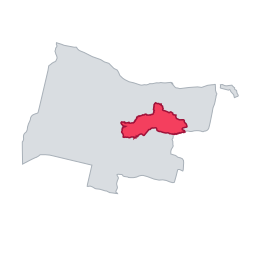 Malanje on a map of Angola (Equal Earth projection), rotated 103°
{"feature_id": "AGO-1876", "entity_name": "Malanje", "entity_type": "Province", "adm_level": 1, "iso_a3": "AGO", "parent_name": "Angola", "parent_adm1": "", "projection": "equal_earth", "projection_center": [17.064, -9.524], "detail": "fine", "context": "in_parent", "style": "filled", "palette": "rose", "viewbox_px": 256, "rotation_deg": 103, "n_neighbors": 0, "source": "natural_earth", "source_scale": "10m", "svg_char_len": 8645}
<svg xmlns="http://www.w3.org/2000/svg" viewBox="0 0 256 256"><g transform="rotate(103 128 128)"><path d="M194.3,123.4L194.5,125.4L194.7,128.0L194.9,130.0L195.0,130.8L195.1,131.3L194.9,131.8L194.7,132.9L194.4,134.0L194.2,134.7L194.4,136.0L194.1,139.9L194.0,141.8L194.4,145.2L194.4,146.3L193.4,149.4L193.2,151.0L193.1,151.8L194.0,154.1L194.0,154.6L193.3,154.7L192.7,154.8L172.3,154.8L172.0,194.7L172.0,198.1L172.6,202.6L173.7,207.4L174.2,207.9L175.4,208.8L177.1,210.6L178.0,212.0L179.9,214.4L182.4,217.4L186.9,222.6L171.5,226.4L165.6,227.8L165.1,227.8L164.2,227.3L162.3,227.2L160.1,227.9L158.4,228.1L157.1,227.8L155.8,227.1L154.6,226.2L152.4,225.8L149.4,226.1L146.4,225.9L143.6,225.3L141.6,225.0L140.3,225.2L139.0,225.0L137.6,224.4L136.5,223.5L135.1,221.6L134.0,219.7L133.7,219.5L133.4,219.2L133.0,219.1L126.9,219.0L89.9,218.9L85.6,219.2L85.3,219.2L84.8,218.9L84.4,218.5L83.2,217.5L82.1,216.7L80.7,215.3L79.7,213.9L79.0,213.4L77.6,213.1L76.5,212.9L75.7,212.8L74.2,213.5L73.1,214.2L72.3,214.9L70.9,215.6L69.7,216.4L67.7,216.3L67.2,216.4L66.1,216.3L65.0,215.7L63.9,215.7L62.7,216.6L61.0,216.9L61.4,211.4L61.8,209.0L61.7,206.1L61.4,198.5L61.1,197.5L60.9,196.3L62.0,195.3L62.5,194.6L63.2,193.4L63.7,191.6L64.3,187.7L66.5,178.8L67.5,170.0L68.9,165.9L69.3,161.2L73.1,155.2L74.0,151.5L75.9,149.7L78.7,147.7L80.7,144.3L81.6,141.9L82.7,137.3L82.7,132.5L83.3,126.1L83.2,124.3L82.1,121.7L81.9,119.9L81.0,118.1L79.9,116.8L79.4,114.3L77.6,110.5L77.1,108.0L76.3,106.2L76.1,103.9L75.6,101.5L74.8,99.2L73.9,96.5L73.9,95.6L74.4,94.6L74.9,94.3L74.8,94.8L74.4,95.4L74.5,95.8L77.8,91.1L78.1,90.2L77.9,89.2L77.9,87.9L78.0,86.4L74.8,77.7L72.3,69.5L71.9,65.4L68.5,60.0L67.2,56.5L66.4,54.0L65.9,53.1L66.1,52.6L66.9,52.5L68.8,51.9L71.5,51.3L73.9,49.9L74.5,49.2L75.8,49.1L77.1,49.5L77.6,49.2L77.9,49.2L80.9,49.2L82.2,49.1L84.6,49.1L86.0,49.2L86.9,49.4L89.2,49.7L92.1,49.6L93.1,49.5L96.8,49.4L103.8,49.2L107.5,49.2L110.3,49.3L111.6,49.8L112.8,50.7L113.3,51.6L113.6,52.0L113.9,53.0L114.6,53.7L114.8,54.8L114.6,56.4L114.7,58.3L115.1,60.4L115.8,62.7L117.0,65.1L117.5,67.0L117.4,68.4L117.7,69.9L118.6,71.5L119.2,72.3L119.6,72.9L120.6,75.3L123.8,82.1L124.3,82.4L125.0,82.3L126.5,82.0L127.9,81.9L129.0,82.5L129.4,82.4L131.0,81.3L132.6,80.9L134.2,80.5L135.1,80.0L136.1,80.0L138.8,80.9L139.3,81.0L141.5,81.0L143.7,80.4L144.0,76.6L144.0,75.8L144.5,74.4L145.2,73.1L145.3,71.9L145.3,70.2L145.7,68.2L147.2,66.6L149.6,65.9L150.9,65.7L153.1,65.3L156.3,64.8L157.5,64.9L157.6,65.1L156.9,67.9L156.9,68.8L157.1,69.7L157.6,70.2L164.1,70.3L170.2,70.6L170.6,70.8L170.8,71.0L171.2,72.3L171.1,75.0L170.5,78.9L170.7,82.6L171.8,86.0L171.9,91.2L171.0,98.2L170.8,102.7L171.3,104.5L172.3,106.5L173.8,108.5L175.0,111.1L175.8,114.4L176.1,116.4L175.8,117.2L175.9,118.7L176.1,120.8L175.8,122.1L175.0,122.8L174.7,123.7L175.1,125.5L175.2,127.1L175.8,128.2L176.1,128.2L177.0,127.7L178.0,126.6L178.9,126.1L180.0,126.2L181.6,126.5L184.5,126.6L185.4,126.4L188.1,125.0L188.8,124.9L189.8,125.0L191.3,125.4L192.8,125.5L193.6,125.1L193.6,124.5L193.9,123.7L194.3,123.4ZM74.5,31.0L74.4,31.2L73.1,31.9L71.8,32.5L70.1,35.0L69.3,36.1L69.0,36.3L68.2,36.9L67.7,37.4L67.7,37.7L68.1,38.1L68.5,38.6L68.4,42.7L68.3,46.7L68.1,47.1L67.0,47.2L65.5,47.5L65.1,47.7L64.9,47.3L64.4,45.8L64.7,44.4L65.0,43.3L64.7,41.2L63.9,39.3L63.1,36.9L62.9,36.4L63.5,35.7L64.5,34.0L64.9,33.1L66.1,32.9L66.5,32.3L66.8,31.3L66.9,30.7L68.2,30.2L69.8,29.4L70.6,28.5L71.5,27.9L72.0,27.9L72.4,28.1L73.4,29.7L74.2,30.7L74.5,31.0Z" fill="#d9dde1" stroke="#a8b0b8" stroke-width="1"/><path d="M119.0,71.7L119.0,72.1L119.0,72.3L119.3,72.2L119.5,72.3L119.8,72.5L119.6,72.8L119.5,73.0L119.8,73.4L119.9,73.8L120.1,74.5L120.3,74.8L120.8,75.2L121.0,75.4L121.0,75.7L121.1,75.9L121.0,76.2L121.1,76.5L121.2,76.4L121.3,76.5L121.2,76.6L121.4,76.7L121.4,76.8L121.3,77.1L121.4,77.3L121.6,77.5L121.9,77.8L122.0,77.9L122.0,78.2L122.1,78.3L122.3,78.3L122.2,78.5L122.5,78.6L122.6,78.8L122.6,79.0L122.9,79.2L122.8,79.3L122.7,79.5L122.7,79.8L123.0,80.0L123.0,80.3L123.2,80.1L123.3,80.6L123.5,80.9L123.7,81.0L123.8,81.2L123.8,81.4L123.7,81.8L123.8,82.1L123.8,82.6L123.7,82.7L123.6,82.9L123.7,83.1L124.0,83.3L124.0,85.2L124.0,85.6L124.1,85.9L124.2,86.1L124.1,86.3L123.9,86.8L123.8,87.1L123.7,87.5L123.7,88.0L123.8,88.5L124.3,89.8L124.4,90.6L124.4,93.2L124.2,94.8L124.1,95.1L124.1,95.5L124.4,96.9L124.3,97.4L124.1,98.2L124.0,98.8L123.8,99.1L123.6,99.3L122.3,99.9L122.0,100.1L121.8,100.3L121.6,100.6L121.6,101.0L121.6,101.4L122.0,102.4L122.3,103.2L122.4,103.7L122.4,104.3L122.6,104.6L123.0,104.9L123.1,105.1L123.2,105.4L123.4,105.6L123.5,105.7L124.2,105.9L124.4,106.1L124.7,106.7L124.7,107.1L124.8,107.3L125.0,107.6L125.4,107.7L125.7,107.7L131.5,110.6L131.7,110.9L131.7,111.2L131.6,111.6L131.3,112.2L131.2,112.4L131.0,112.7L130.8,113.3L130.8,113.7L130.9,114.0L131.1,114.4L131.3,114.8L131.9,115.4L133.0,116.5L133.5,116.7L134.0,116.5L134.3,116.8L134.2,117.2L134.3,117.1L134.5,117.3L134.7,117.5L134.9,117.7L134.9,118.2L135.1,118.4L135.2,118.6L135.3,118.5L135.5,118.7L135.7,118.9L135.9,118.7L135.9,118.9L135.9,119.0L136.0,119.1L136.0,119.4L136.3,119.6L136.2,119.6L136.1,119.8L136.1,120.0L135.9,120.1L136.0,120.3L135.8,120.5L135.7,120.5L135.6,120.4L135.5,120.5L135.7,120.8L135.7,121.6L135.8,122.0L135.9,122.4L136.0,122.8L136.2,123.0L136.8,123.8L137.0,124.0L137.1,124.4L137.2,124.7L137.2,125.1L137.1,125.8L137.1,126.3L137.1,126.7L137.4,127.4L137.5,127.8L137.5,128.2L137.4,128.5L137.6,129.1L137.9,129.4L137.9,129.6L138.0,129.8L138.0,130.4L137.9,130.7L137.7,130.8L137.3,130.7L137.0,130.7L136.4,130.8L135.3,131.4L134.7,131.8L134.5,132.0L133.8,133.0L133.5,133.2L133.3,133.3L133.0,133.3L132.5,133.3L131.9,133.1L131.7,133.1L130.6,133.5L130.4,133.5L129.9,133.3L129.7,133.3L129.5,133.5L129.3,133.5L129.2,133.4L129.1,133.1L128.9,133.0L128.7,133.0L128.4,133.1L128.0,133.1L127.8,132.9L127.8,132.7L127.8,132.1L127.7,131.7L127.6,131.3L127.5,131.2L127.3,131.0L127.0,130.7L127.1,131.7L127.1,132.7L127.0,133.1L126.8,133.5L125.8,135.0L125.5,135.2L125.0,135.8L124.8,135.9L124.3,136.0L123.4,135.4L123.5,135.0L123.5,134.6L123.2,133.6L123.1,133.3L123.2,132.9L123.6,132.7L123.7,132.4L123.2,132.5L123.3,132.3L123.2,132.0L123.3,131.9L123.5,131.7L123.6,131.2L123.5,130.9L122.9,129.6L122.9,129.1L122.9,128.8L122.5,128.8L122.3,128.6L122.2,128.4L122.3,128.1L122.6,127.9L122.7,128.0L122.8,127.8L122.9,127.6L122.9,127.1L122.8,126.8L122.6,126.3L122.4,125.8L122.2,125.5L122.0,125.2L122.0,124.5L122.0,124.2L121.8,124.0L121.2,123.5L121.1,123.3L121.0,123.2L120.4,123.3L119.9,123.1L119.7,122.6L119.3,122.6L119.1,122.5L118.9,122.8L118.6,122.7L118.2,122.3L117.1,121.9L116.7,121.6L116.2,121.8L115.8,121.9L115.6,121.9L115.3,121.8L115.2,121.6L114.9,120.9L114.6,120.8L114.3,120.8L114.2,120.7L113.9,120.1L113.7,120.0L113.7,119.9L113.6,119.7L113.9,119.3L113.5,118.8L113.3,118.5L113.1,118.2L112.4,117.0L112.1,116.8L111.8,116.5L111.8,116.3L111.8,115.8L111.8,115.6L111.3,114.8L111.1,114.7L110.8,114.6L110.7,114.4L110.6,114.2L110.5,113.4L110.6,113.0L110.8,112.9L110.9,112.7L111.1,112.6L110.7,110.4L110.4,110.0L110.3,109.0L110.2,108.8L109.8,108.7L109.5,108.2L109.4,108.0L109.4,107.7L109.3,107.4L109.1,107.0L108.9,106.8L108.7,106.7L108.2,106.7L107.8,106.6L107.7,106.6L107.3,106.5L107.2,106.4L106.7,106.5L106.5,106.3L106.3,106.5L106.0,106.6L105.8,106.6L105.2,106.5L105.0,106.3L104.9,106.3L104.7,106.7L104.6,107.1L104.4,107.3L103.2,107.4L102.8,107.3L102.6,107.3L102.3,107.5L102.1,107.5L101.9,107.4L101.6,107.4L101.6,107.5L101.4,107.6L101.2,107.5L100.3,107.7L99.9,107.8L99.4,107.7L99.3,107.8L99.1,107.7L98.9,107.6L98.7,107.5L98.2,107.5L97.9,107.1L97.5,107.0L97.4,106.8L97.2,106.7L97.4,106.0L97.5,105.8L97.6,105.4L97.6,104.9L97.5,104.5L97.3,103.8L97.2,103.5L97.8,102.5L97.7,101.9L97.1,101.3L97.2,101.0L97.4,101.0L97.6,100.9L98.0,101.0L98.5,100.8L98.6,100.2L98.8,99.6L99.0,99.2L99.3,99.1L99.8,99.1L100.0,99.0L100.4,98.6L100.7,98.5L101.1,98.2L101.3,98.1L101.6,98.3L102.1,98.4L102.6,98.3L102.8,98.1L103.0,97.0L102.9,96.1L102.9,95.9L103.1,95.3L103.2,94.0L103.5,92.6L103.8,91.9L103.8,91.6L103.8,91.3L103.6,91.0L103.2,90.7L102.9,90.5L102.8,90.1L102.7,89.8L102.8,89.4L103.2,88.5L103.3,88.2L103.4,87.8L103.6,87.7L104.7,87.2L104.9,86.9L104.9,86.6L104.8,86.4L104.8,85.5L104.7,84.8L104.7,84.1L105.4,84.2L105.7,84.2L106.0,84.1L106.4,83.8L107.2,83.4L107.4,83.3L107.9,82.6L108.1,81.3L108.3,80.5L108.4,80.2L108.4,79.8L108.3,79.1L107.6,76.3L107.5,75.9L107.6,75.5L107.7,75.2L108.1,74.9L108.4,74.7L109.0,74.7L109.3,74.5L110.0,73.9L110.7,72.5L111.4,71.9L113.1,70.9L113.4,70.9L113.6,70.9L113.8,71.0L114.0,71.3L114.2,71.6L114.4,72.3L115.5,74.3L115.7,74.6L116.0,74.8L116.4,75.0L116.7,75.0L116.9,74.9L117.2,74.8L117.4,74.4L117.6,74.0L117.6,73.7L117.7,72.9L117.8,72.6L117.9,72.4L118.3,72.0L119.0,71.7Z" fill="#f43f5e" stroke="#9f1239" stroke-width="1.5"/></g></svg>